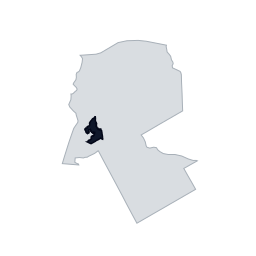 El Estor, Izabal, Guatemala shown in context, rotated 150°
{"feature_id": "79465075B63823362918265", "entity_name": "El Estor", "entity_type": "district", "adm_level": 2, "iso_a3": "GTM", "parent_name": "Guatemala", "parent_adm1": "Izabal", "projection": "robinson", "projection_center": [-89.332, 15.436], "detail": "fine", "context": "in_parent", "style": "filled", "palette": "ink", "viewbox_px": 256, "rotation_deg": 150, "n_neighbors": 0, "source": "geoboundaries", "source_scale": "gbopen_adm2", "svg_char_len": 5621}
<svg xmlns="http://www.w3.org/2000/svg" viewBox="0 0 256 256"><g transform="rotate(150 128 128)"><path d="M53.3,180.5L54.3,179.4L55.1,176.9L56.1,174.3L55.5,171.3L55.2,168.8L56.3,165.3L56.2,162.6L56.8,161.0L58.5,160.0L59.4,157.9L54.6,151.0L54.6,149.4L55.2,147.4L59.2,140.0L63.8,131.1L69.0,121.4L72.1,115.5L83.4,115.5L90.8,115.5L100.3,115.5L110.6,115.4L117.3,115.4L120.1,115.4L119.6,111.6L120.0,107.3L121.2,103.5L121.2,101.8L119.2,99.7L115.3,98.5L113.2,96.7L113.2,94.4L112.2,91.6L110.3,88.3L106.4,84.9L100.5,81.5L95.5,76.9L91.3,71.1L87.8,67.3L85.1,65.8L84.4,64.9L92.4,65.0L99.9,65.1L100.0,56.8L100.0,49.4L100.1,41.1L113.7,41.1L130.0,41.1L146.9,41.1L160.1,41.1L167.9,41.1L167.6,51.5L167.2,63.4L166.8,72.2L166.4,84.0L166.0,96.0L165.5,112.4L165.1,123.0L165.3,123.2L169.7,122.7L176.3,123.2L177.9,123.1L179.9,124.1L181.5,124.3L184.8,126.7L188.7,128.5L191.2,124.9L189.9,122.7L188.9,121.6L189.1,120.6L202.7,130.0L201.1,131.5L197.6,134.8L191.3,140.6L185.7,145.7L180.3,150.4L175.4,154.6L174.8,155.0L168.6,158.0L167.6,159.4L166.3,165.3L165.7,166.8L166.8,170.1L167.9,175.2L167.6,177.9L163.3,181.1L161.3,184.1L160.4,186.0L159.7,185.5L158.3,185.3L155.3,186.1L153.8,186.2L152.6,187.1L152.5,188.9L153.3,191.9L153.6,193.4L152.7,194.1L148.9,195.9L147.4,197.7L146.0,200.4L144.4,201.6L142.6,201.4L141.4,201.8L138.8,203.8L134.9,207.8L132.7,210.8L132.7,213.0L133.1,214.9L118.8,207.9L114.0,206.7L93.9,206.9L85.3,204.1L75.4,198.8L68.8,194.0L53.3,180.5Z" fill="#d9dde1" stroke="#a8b0b8" stroke-width="1"/><path d="M152.2,138.9L152.2,139.0L152.3,139.1L152.5,139.3L152.7,139.5L152.8,139.7L152.8,139.8L152.6,140.1L152.3,140.2L152.1,140.4L152.0,140.5L152.1,140.8L152.3,140.9L152.7,140.9L153.1,141.3L153.2,141.2L153.3,141.2L153.5,141.4L153.5,141.5L153.8,141.7L154.0,141.5L154.1,141.3L154.1,141.2L154.5,141.6L154.7,141.8L154.5,142.1L154.3,142.4L154.2,142.5L154.1,142.8L154.1,143.0L154.3,143.2L154.6,143.2L154.8,143.4L154.8,143.6L154.7,143.7L154.6,144.1L154.5,144.6L154.4,144.9L154.5,145.0L154.8,145.4L154.9,145.5L154.7,145.8L154.3,146.0L154.0,146.1L153.8,146.2L153.7,146.3L153.6,146.5L153.7,146.9L153.7,147.0L153.8,147.1L154.0,147.5L154.0,147.8L153.9,147.8L153.7,147.8L153.3,147.8L153.2,147.8L152.9,147.8L152.9,148.1L153.0,148.2L153.0,148.3L152.9,148.4L152.8,148.6L152.8,148.8L152.8,149.3L152.8,149.7L152.7,150.3L152.5,150.8L152.4,151.0L152.1,151.5L151.4,152.6L151.2,152.9L151.2,153.1L150.7,154.1L151.0,154.3L151.6,154.0L151.9,153.9L152.1,153.8L152.4,153.7L152.6,153.6L152.8,153.4L153.0,153.4L153.4,153.7L153.7,153.7L154.0,153.7L154.6,153.5L154.9,153.4L155.1,153.2L155.5,153.0L156.9,152.6L157.1,152.5L157.4,152.4L157.8,152.1L158.3,151.9L158.5,151.7L158.7,151.4L159.0,150.9L159.1,151.0L159.2,150.8L159.2,150.7L159.4,150.3L159.7,149.7L159.8,149.6L160.0,149.5L160.3,149.4L160.6,149.2L160.7,149.3L160.8,149.3L161.0,149.4L161.4,149.3L161.7,149.3L161.9,149.5L162.1,149.5L162.2,149.4L162.4,149.5L162.5,149.5L162.5,149.4L162.5,149.1L162.6,148.9L162.8,148.7L163.1,148.6L163.9,148.6L164.0,148.6L164.3,148.4L164.5,148.4L164.6,148.5L164.5,149.0L164.8,148.9L165.0,148.6L165.3,148.5L165.6,148.6L165.8,148.7L166.1,148.3L166.1,148.2L166.1,147.9L166.2,147.6L166.2,147.4L166.1,147.2L166.1,146.9L166.3,145.9L166.4,145.5L166.5,145.2L166.4,145.0L166.4,144.7L166.2,144.7L165.9,144.4L165.9,144.0L166.0,143.9L165.9,143.7L165.9,143.4L165.7,143.4L165.2,143.4L164.9,143.4L164.5,143.3L164.3,143.3L164.1,143.4L163.9,143.7L164.0,143.7L164.5,143.5L164.7,143.4L164.8,143.5L164.8,143.8L164.6,143.8L164.4,144.0L164.2,144.0L164.1,144.4L164.0,144.5L163.9,144.8L163.9,145.0L163.6,145.3L163.4,145.3L163.2,145.3L163.0,145.5L162.9,145.5L162.7,145.7L162.6,145.9L162.6,146.0L162.5,145.9L162.4,145.8L162.2,145.7L161.9,145.5L161.7,145.4L161.5,145.1L161.4,145.2L161.4,144.9L161.3,144.6L161.2,144.4L161.6,144.0L161.8,144.0L161.9,143.9L161.7,143.5L161.7,143.3L161.6,143.2L161.5,143.3L161.3,143.4L161.2,143.5L161.3,143.4L161.5,143.2L161.8,143.0L161.9,142.9L162.0,142.9L161.8,142.8L161.7,142.4L161.4,142.1L161.2,141.9L161.2,141.6L160.7,141.9L160.4,141.9L160.4,141.6L160.5,141.5L160.6,141.4L160.8,141.3L160.7,141.0L160.5,141.3L160.3,141.5L160.2,141.4L160.3,141.0L160.2,141.0L160.0,141.4L159.9,141.5L159.7,141.5L159.4,141.7L159.2,141.8L159.3,141.7L159.6,141.5L159.6,141.4L159.4,141.1L159.4,140.9L159.2,141.0L158.9,141.4L158.8,141.5L158.6,141.7L158.8,141.4L159.0,141.2L158.9,141.2L158.6,141.2L158.8,141.1L159.0,140.7L159.3,140.6L159.6,140.0L159.8,139.7L160.0,139.5L160.1,139.4L160.5,139.3L160.7,139.0L160.8,139.1L161.0,139.1L161.3,138.8L161.7,138.8L161.9,138.6L162.0,138.6L162.3,138.5L162.3,138.4L162.5,138.5L162.7,138.8L162.8,139.0L163.1,138.9L163.2,139.0L163.3,139.0L163.5,138.9L163.7,139.0L163.8,138.9L164.0,138.9L164.2,138.6L164.3,138.5L164.5,138.4L164.7,138.1L164.8,137.9L164.9,137.6L164.9,137.4L164.9,137.1L165.0,137.0L165.3,137.0L165.5,136.7L166.0,136.9L166.5,136.9L166.8,136.6L167.0,136.4L167.3,136.4L167.5,136.6L167.9,136.9L168.0,136.9L168.0,137.0L168.3,137.0L168.4,136.9L168.6,136.9L168.8,136.8L169.0,136.8L169.1,136.7L169.2,136.4L169.5,136.3L169.8,136.3L170.0,136.3L170.3,136.4L170.1,136.1L169.5,135.3L168.9,134.3L168.8,134.2L168.1,133.2L167.8,132.9L162.7,132.8L162.4,132.9L162.1,133.0L161.6,133.0L161.3,133.0L160.6,133.0L160.4,133.0L160.3,132.8L159.8,132.8L159.6,132.8L159.4,132.9L159.2,132.8L158.9,132.8L158.7,132.9L158.4,132.8L158.2,132.9L157.9,132.9L157.6,132.9L157.4,132.9L157.3,133.0L157.2,133.0L156.9,133.0L156.9,132.9L156.7,132.6L156.1,131.6L155.7,131.0L155.6,130.9L155.3,131.2L155.0,132.1L154.9,132.3L154.7,132.7L154.2,133.7L154.1,133.9L154.1,134.0L153.3,136.2L152.9,137.0L152.7,137.7L152.5,138.1L152.3,138.7L152.2,138.9Z" fill="#0f172a" stroke="#020617" stroke-width="1.5"/></g></svg>